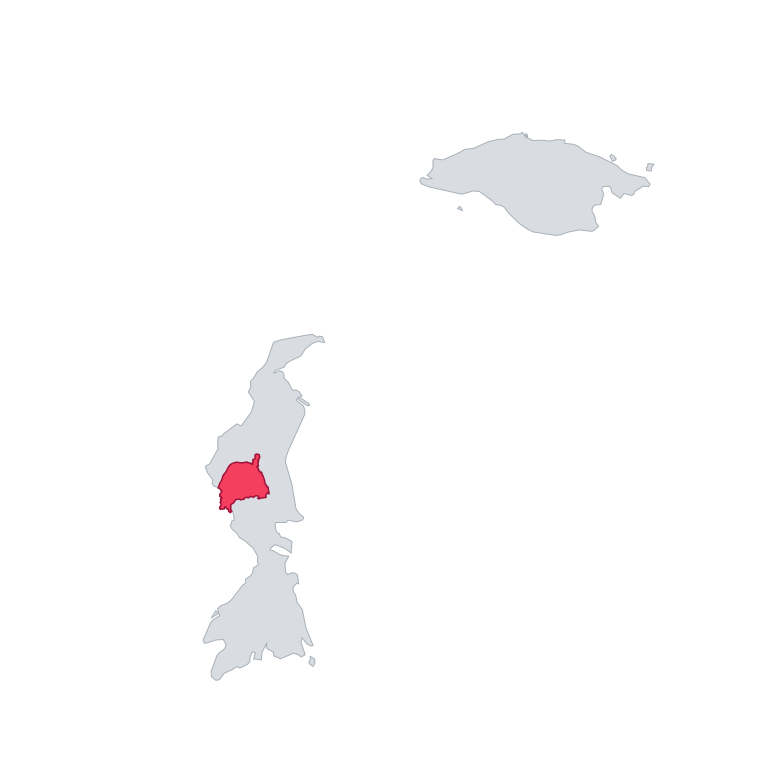 Belaga, Sarawak, Malaysia shown in context, rotated 127°
{"feature_id": "92858781B14210888216544", "entity_name": "Belaga", "entity_type": "district", "adm_level": 2, "iso_a3": "MYS", "parent_name": "Malaysia", "parent_adm1": "Sarawak", "projection": "orthographic", "projection_center": [114.332, 2.676], "detail": "fine", "context": "in_parent", "style": "filled", "palette": "rose", "viewbox_px": 768, "rotation_deg": 127, "n_neighbors": 0, "source": "geoboundaries", "source_scale": "gbopen_adm2", "svg_char_len": 9014}
<svg xmlns="http://www.w3.org/2000/svg" viewBox="0 0 768 768"><g transform="rotate(127 384 384)"><path d="M663.6,381.7L659.3,380.9L653.3,377.2L647.1,375.9L629.3,375.9L626.7,374.8L623.2,377.0L617.0,375.1L613.5,375.4L609.5,377.6L603.9,375.6L601.2,378.9L597.6,381.0L593.8,389.9L593.0,400.6L593.7,407.2L591.9,410.8L591.2,418.3L589.8,421.5L584.8,423.0L582.6,421.8L578.1,426.4L577.0,428.3L576.8,435.5L580.3,437.9L580.2,439.4L572.9,445.4L566.5,449.0L565.6,452.0L568.1,458.4L567.0,461.4L563.6,462.9L561.2,471.1L558.1,476.3L557.0,476.9L552.6,475.2L535.7,477.5L530.7,481.8L525.9,484.4L522.1,481.9L520.1,482.1L504.4,477.5L503.7,473.5L502.2,472.8L485.9,473.1L475.7,477.2L472.0,487.6L466.5,488.6L462.5,492.1L455.5,491.8L451.2,492.7L444.3,491.0L437.8,490.7L417.1,497.3L410.4,492.6L390.3,474.1L387.4,470.9L386.8,465.2L384.6,464.2L383.8,462.7L383.5,461.0L386.6,456.4L389.7,462.4L394.8,465.7L403.5,468.0L411.7,467.3L423.0,473.3L426.7,474.3L430.7,473.9L437.8,478.5L442.1,478.7L436.4,475.5L435.3,473.0L436.0,470.4L439.7,466.7L440.3,461.0L443.1,455.3L443.7,452.7L441.7,450.7L441.2,447.2L442.8,442.3L446.6,444.8L449.9,444.3L449.9,435.4L452.3,431.6L456.2,429.0L495.0,420.3L501.4,418.2L505.8,415.6L519.8,396.9L536.5,379.3L538.7,373.1L538.6,368.7L539.5,367.7L541.3,367.1L545.0,369.4L546.9,371.1L550.4,378.6L553.6,378.9L559.0,386.1L560.3,387.0L561.9,386.5L566.2,381.9L567.3,378.5L566.4,378.0L568.4,374.1L566.6,371.6L565.1,362.7L574.9,356.4L574.9,363.7L577.7,374.2L582.5,375.7L585.1,375.0L583.7,371.9L583.2,365.7L581.9,361.6L578.8,356.4L587.0,355.2L593.2,349.6L594.2,346.1L590.2,344.0L588.6,341.3L588.5,338.4L594.9,331.8L595.6,333.7L599.7,334.3L601.6,334.1L604.4,331.4L605.8,327.5L610.7,322.0L613.4,313.4L625.7,299.7L635.4,283.4L637.4,284.7L638.0,289.1L635.9,296.8L640.2,294.9L647.6,284.1L651.9,285.8L651.7,288.8L653.4,294.3L665.7,301.3L667.5,308.3L664.7,311.0L665.7,317.8L664.8,319.9L660.8,321.9L671.8,319.9L678.2,315.9L682.1,322.6L675.9,325.2L677.2,328.0L683.1,326.4L686.8,324.0L690.4,324.5L696.0,327.2L697.7,328.7L698.8,332.0L702.9,333.1L711.4,337.6L719.1,337.5L721.8,339.8L721.6,345.6L717.6,349.1L701.6,353.9L697.4,353.7L691.5,352.0L687.3,353.1L684.8,358.7L689.6,364.2L697.9,370.0L699.1,371.5L697.5,374.3L678.7,378.9L674.8,378.5L667.8,375.7L663.6,381.7ZM62.2,299.7L64.3,291.7L67.2,291.4L69.9,296.0L79.4,299.7L82.3,298.6L83.6,299.3L84.9,300.5L87.4,306.9L93.5,307.0L94.0,317.0L91.1,320.8L90.7,323.5L95.0,328.2L97.7,327.1L100.0,322.9L110.2,318.9L114.3,323.4L118.1,323.5L120.9,321.9L123.2,316.5L127.3,312.5L129.0,307.4L134.8,308.8L137.1,310.0L143.4,320.8L152.0,328.5L158.5,332.7L162.3,336.8L172.8,356.4L174.0,362.8L174.4,372.4L172.6,386.9L170.5,394.2L170.8,397.6L173.5,402.9L172.6,407.8L172.8,423.4L176.1,429.0L185.5,435.9L199.2,465.9L201.6,474.4L200.3,477.6L197.7,478.4L195.6,476.8L194.3,472.6L191.1,469.3L191.4,475.2L185.4,474.4L181.2,475.3L176.2,479.4L173.8,479.5L169.6,471.9L153.9,463.1L148.1,460.8L142.0,454.3L128.3,446.9L119.7,439.8L116.0,435.4L107.1,431.5L103.3,426.9L99.6,424.4L101.6,420.0L99.9,411.5L93.7,403.8L90.7,398.4L84.9,393.0L80.4,386.4L83.1,384.4L78.7,377.3L77.2,372.1L77.4,362.4L72.9,348.6L69.3,329.6L70.1,323.0L69.3,315.8L62.2,299.7ZM648.1,277.1L646.0,279.0L645.4,273.9L648.2,271.3L652.3,270.7L652.4,275.3L651.4,276.6L648.1,277.1ZM53.1,298.8L55.3,302.5L53.5,304.7L52.1,304.1L49.3,305.8L46.5,302.1L46.2,300.4L49.7,300.7L53.1,298.8ZM448.0,443.1L446.9,443.5L445.3,442.3L444.9,431.7L446.1,430.7L447.6,432.8L448.0,443.1ZM68.7,335.8L66.0,340.8L63.6,340.2L64.1,334.5L65.5,333.8L68.7,335.8ZM674.4,381.1L669.6,381.8L666.2,381.8L666.7,378.9L668.3,378.5L674.4,381.1ZM199.6,430.7L197.0,430.8L196.4,429.4L198.3,425.8L199.6,430.7ZM100.4,420.8L98.7,421.4L98.9,419.2L100.2,418.0L100.4,420.8Z" fill="#d9dde1" stroke="#a8b0b8" stroke-width="1"/><path d="M528.9,446.8L530.1,447.7L530.8,448.3L531.2,448.8L531.6,449.2L532.1,449.7L532.6,450.2L533.0,450.7L533.4,451.4L534.0,452.5L534.5,453.6L534.8,454.1L535.3,454.7L535.8,455.2L536.3,455.7L536.9,456.1L537.5,456.5L538.3,457.0L538.9,457.4L539.7,457.8L541.1,458.3L542.9,458.3L546.3,458.0L547.2,457.6L548.9,457.4L550.2,457.4L552.2,457.5L554.1,457.4L554.9,457.2L555.8,456.8L556.7,456.3L557.6,456.1L558.8,455.7L561.2,455.5L562.4,455.3L563.6,454.9L564.1,454.7L565.3,454.3L566.2,454.1L566.8,453.9L566.6,453.2L566.5,452.8L566.5,452.2L566.6,451.6L566.7,451.3L566.8,451.0L566.8,450.9L566.7,450.6L566.7,450.4L567.1,449.9L567.2,449.7L567.1,449.3L567.2,449.0L567.5,448.9L567.7,449.0L567.9,449.2L568.2,449.2L568.4,449.0L568.5,448.9L569.0,448.7L569.8,448.6L570.2,448.7L570.6,448.8L571.0,448.7L571.3,448.6L571.4,448.3L571.6,448.1L571.8,447.9L572.0,447.9L572.3,447.8L572.4,447.7L572.6,447.5L572.6,447.3L572.6,447.1L572.4,446.9L572.2,446.8L572.1,446.6L572.0,446.4L572.1,446.2L572.3,445.4L572.5,445.0L572.7,444.8L572.8,444.8L573.1,444.8L573.2,445.0L573.3,445.3L573.7,445.5L574.1,445.2L574.3,444.9L574.5,444.9L574.8,444.9L574.9,444.6L575.0,444.3L575.2,444.0L575.5,444.1L575.7,443.9L575.7,443.6L576.1,443.5L576.6,443.6L577.1,443.7L577.3,443.5L577.4,443.2L577.4,442.9L577.5,442.5L577.6,442.3L578.0,441.8L578.4,441.7L578.6,441.5L579.0,441.2L579.4,441.1L579.9,441.1L580.8,441.2L581.1,441.2L581.3,441.1L581.5,440.9L581.8,440.7L582.1,440.5L582.3,440.3L582.5,440.1L582.5,439.7L582.4,439.1L581.8,438.9L581.5,438.8L581.5,438.4L581.4,438.1L581.3,437.8L580.9,437.6L580.7,437.3L580.4,436.9L580.1,436.5L579.8,436.4L579.4,436.5L578.9,436.7L578.6,437.0L578.2,437.1L577.9,436.8L577.7,436.6L577.5,436.3L577.4,436.1L577.5,435.8L577.7,435.6L577.9,435.4L578.1,435.0L578.2,434.9L578.3,434.6L578.2,434.4L578.1,434.0L578.2,433.7L578.1,433.3L577.9,433.2L577.7,432.9L578.0,432.3L578.2,432.1L578.5,432.0L578.8,431.9L579.1,431.5L579.2,431.2L579.1,430.9L579.0,430.4L579.1,430.2L579.3,429.9L579.3,429.6L579.2,429.4L578.6,429.2L578.3,429.3L578.0,429.2L577.7,429.0L577.4,428.9L577.1,429.2L577.1,429.5L577.0,429.9L576.6,430.7L576.1,431.1L575.7,431.5L575.2,431.8L574.4,432.2L574.0,432.8L572.6,433.6L571.7,433.5L571.2,433.4L570.6,433.0L570.1,432.7L568.8,432.7L565.5,432.7L565.1,432.5L564.8,432.2L564.5,431.9L563.7,431.1L563.3,430.7L563.1,430.6L563.0,430.3L562.9,430.1L562.9,429.7L562.9,429.3L562.9,429.1L562.9,428.8L562.3,428.3L562.0,428.2L561.8,428.1L561.4,427.8L561.2,427.7L561.1,427.2L560.7,426.7L560.4,426.5L560.0,426.4L559.7,426.5L559.4,426.6L558.9,426.7L558.6,426.7L558.4,426.5L558.3,426.4L557.8,426.0L557.2,425.7L556.9,425.1L556.9,424.9L556.9,424.4L556.7,424.0L556.5,423.7L556.1,423.6L555.7,423.5L554.9,423.4L554.0,422.6L553.8,422.3L553.8,421.9L553.6,421.5L553.4,421.2L553.0,420.6L552.9,420.3L552.8,419.8L552.5,419.9L551.8,419.9L551.4,419.8L550.7,419.2L550.5,418.9L550.3,418.7L550.0,418.5L549.5,417.9L549.3,417.6L549.3,417.2L549.3,416.8L549.5,416.4L549.7,416.2L549.8,416.0L550.0,415.9L550.3,415.9L550.5,416.0L550.9,416.0L551.1,416.1L551.3,415.8L551.3,415.6L550.9,414.9L550.3,414.2L549.7,413.8L549.2,413.7L548.8,413.4L548.5,413.0L548.2,412.7L547.6,411.9L547.2,411.5L546.9,411.3L546.7,411.0L546.2,410.7L546.0,410.3L545.7,410.1L545.3,410.1L544.9,410.3L544.7,410.8L544.5,411.0L543.9,411.3L543.5,411.5L543.3,411.5L542.7,411.5L542.4,411.5L541.9,411.5L541.2,411.8L540.9,411.7L540.7,411.5L540.7,411.3L540.8,411.0L540.9,410.8L541.0,410.6L540.8,409.9L540.7,410.0L540.4,410.2L539.4,410.8L538.8,411.9L538.7,412.1L536.1,414.5L536.1,414.9L536.2,415.2L536.3,415.5L536.4,416.0L536.5,416.2L536.4,416.3L536.2,416.4L536.0,416.5L535.9,416.6L535.7,416.7L535.6,417.2L535.4,417.7L535.4,417.9L535.4,418.2L535.3,418.5L535.1,419.1L534.9,419.3L534.7,419.5L534.4,419.7L534.3,419.9L534.2,420.1L534.1,420.4L533.7,420.6L533.5,420.8L533.1,421.1L532.9,421.4L532.7,421.7L532.5,422.0L532.3,422.3L531.9,422.8L531.7,423.1L531.5,423.3L531.3,423.6L531.1,424.0L530.9,424.4L530.7,424.8L530.5,425.0L530.3,425.2L530.0,425.6L530.0,426.0L530.1,426.3L529.8,426.6L529.6,426.8L529.3,427.1L529.1,427.3L528.5,428.1L528.4,428.5L528.3,428.8L527.9,429.7L528.0,429.5L528.7,429.3L528.9,429.5L529.0,430.1L528.9,430.6L528.8,430.9L528.5,431.1L528.2,431.3L528.3,431.6L528.6,431.7L528.4,432.3L528.1,432.7L527.8,432.9L527.3,433.1L527.1,433.3L526.9,434.5L526.9,435.1L526.6,435.6L526.4,435.8L526.0,435.7L525.8,435.3L525.5,435.0L525.2,434.9L524.9,435.0L524.7,435.2L524.4,435.5L524.2,435.8L523.9,436.1L523.7,436.4L523.4,436.7L523.1,437.0L522.8,437.2L522.6,437.3L522.4,437.3L522.0,437.4L521.8,437.5L521.7,437.8L521.5,438.1L521.3,438.4L521.1,438.7L520.9,438.8L520.5,438.8L520.5,438.5L520.4,438.6L519.9,438.6L519.6,438.6L518.9,438.7L518.3,438.9L517.8,439.1L517.3,439.1L517.0,439.4L516.9,439.7L516.6,440.2L516.3,440.4L515.9,440.6L515.6,441.0L515.7,441.6L515.8,441.8L515.9,442.2L516.1,442.5L516.2,442.8L516.3,443.2L516.5,443.4L517.2,443.9L517.4,444.1L518.3,444.2L518.9,443.9L519.5,443.5L520.0,442.9L520.5,442.4L521.0,442.2L521.8,442.1L522.3,442.3L522.6,442.8L522.9,443.2L523.7,443.0L524.1,442.5L524.4,442.2L525.1,442.0L525.5,441.9L525.9,441.4L526.5,440.8L527.1,440.8L527.6,441.1L527.8,441.5L527.7,441.8L527.3,442.3L527.3,442.5L527.7,442.6L528.1,443.0L528.1,443.7L528.1,444.3L528.1,444.6L528.6,445.0L529.0,445.5L529.1,445.9L529.1,446.6L528.9,446.8Z" fill="#f43f5e" stroke="#9f1239" stroke-width="1.5"/></g></svg>